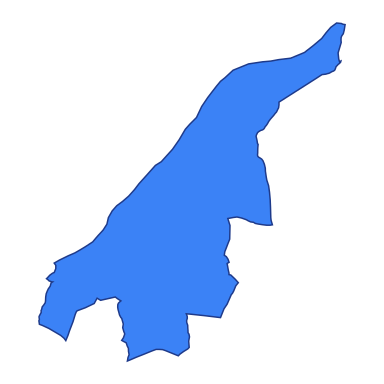 outline of Orsu, Imo, Nigeria
{"feature_id": "59680162B44850901768514", "entity_name": "Orsu", "entity_type": "district", "adm_level": 2, "iso_a3": "NGA", "parent_name": "Nigeria", "parent_adm1": "Imo", "projection": "albers", "projection_center": [6.989, 5.858], "detail": "fine", "context": "isolated", "style": "filled", "palette": "blue", "viewbox_px": 384, "rotation_deg": 0, "n_neighbors": 0, "source": "geoboundaries", "source_scale": "gbopen_adm2", "svg_char_len": 3401}
<svg xmlns="http://www.w3.org/2000/svg" viewBox="0 0 384 384"><path d="M209.0,95.9L207.7,97.6L201.7,106.5L196.5,117.5L189.8,124.2L185.3,129.3L179.2,139.7L172.5,149.3L161.3,161.7L155.4,165.4L153.8,167.2L146.3,175.6L139.0,183.7L134.5,189.6L128.6,196.2L122.6,201.4L117.6,205.1L117.1,205.5L116.7,205.8L112.2,210.9L111.2,212.7L108.4,217.6L106.9,224.2L103.1,230.1L101.5,231.9L98.6,235.0L96.4,237.5L92.7,241.9L86.0,246.3L84.9,247.0L80.1,249.9L79.4,250.3L74.9,252.9L68.2,255.8L59.4,260.1L54.2,263.1L55.8,265.3L55.8,268.6L54.2,272.5L52.5,273.2L49.8,275.2L47.7,277.5L46.5,278.7L47.8,279.6L49.1,280.9L51.4,281.7L52.6,281.9L51.1,282.9L50.2,286.2L48.4,288.7L47.3,291.0L46.2,293.8L45.7,297.0L45.5,301.2L45.2,302.8L43.8,304.9L42.2,306.9L41.6,309.6L41.1,310.4L41.2,312.4L39.1,316.4L39.1,317.9L39.4,319.2L38.9,320.8L39.4,324.3L42.1,325.3L48.8,328.4L56.8,333.1L60.7,335.4L64.0,338.2L65.8,340.6L68.0,335.3L69.5,330.8L73.0,321.7L75.2,314.5L76.2,312.0L77.1,310.8L85.4,307.7L94.2,303.5L97.1,298.2L100.6,300.3L115.3,297.0L117.5,298.7L120.9,300.9L119.8,301.8L118.4,303.2L117.8,304.7L117.7,307.3L118.1,309.7L118.9,312.5L119.5,314.9L120.8,317.4L121.7,318.4L123.3,324.0L122.7,327.7L123.9,331.8L124.5,333.1L124.7,334.1L123.4,337.8L121.7,340.4L123.3,341.3L126.2,342.8L127.2,345.9L128.4,348.3L128.5,351.5L129.1,354.6L128.0,357.5L127.4,361.0L131.3,359.4L136.1,357.3L143.7,354.3L151.8,351.0L156.1,349.4L159.2,349.4L162.6,349.6L165.7,350.7L178.3,355.8L180.1,354.0L183.6,351.5L187.8,348.9L189.2,347.4L188.7,341.2L189.0,339.4L189.5,336.9L189.0,334.2L188.0,332.6L188.0,330.7L187.8,328.3L187.7,325.2L186.8,322.8L186.6,320.7L187.3,318.2L187.2,316.3L186.3,313.8L187.3,313.9L189.8,314.1L204.9,315.7L220.5,317.6L224.0,308.8L227.1,304.2L231.3,294.6L232.4,293.4L233.7,291.0L235.8,285.8L238.3,282.7L235.3,279.3L232.7,276.8L230.8,275.0L229.0,274.6L229.0,273.1L228.3,270.2L227.6,266.1L227.1,263.5L229.1,262.3L228.0,259.2L226.3,256.6L224.3,255.3L224.8,251.7L226.2,248.2L227.9,243.7L229.7,239.2L230.0,225.5L227.8,218.5L233.2,217.5L237.0,217.0L241.5,218.0L246.3,219.7L248.0,220.7L250.6,221.9L253.5,222.3L255.2,223.4L258.0,224.0L262.5,224.7L266.7,225.2L270.0,225.2L272.4,224.8L271.1,220.4L270.8,217.8L270.5,207.2L270.2,200.0L269.5,192.1L268.6,185.7L266.8,180.1L266.2,176.7L265.4,171.2L265.3,168.2L264.4,164.3L263.0,160.8L261.7,159.1L259.6,157.7L258.6,157.2L257.8,156.3L257.5,155.0L257.7,152.9L257.7,151.1L257.8,147.8L258.1,144.4L257.5,143.5L257.0,140.4L256.7,139.0L256.1,136.3L256.4,135.0L257.6,132.6L258.9,131.5L260.8,130.4L261.6,130.2L262.7,129.8L263.8,129.0L264.5,128.0L265.1,126.8L266.4,125.3L267.6,123.5L268.6,121.6L270.1,119.5L271.3,118.1L273.7,115.4L275.2,113.4L276.5,112.0L277.0,111.0L278.0,108.9L278.6,107.8L278.8,106.2L279.0,104.9L279.0,102.1L315.7,78.7L322.0,74.6L323.7,74.4L325.4,74.2L326.3,74.0L327.2,73.7L328.9,73.3L329.8,72.9L331.8,71.7L333.6,71.0L334.0,70.7L334.6,70.3L335.0,69.6L335.6,68.1L336.0,66.8L336.5,66.2L337.6,65.1L338.0,64.5L339.4,63.5L340.6,62.2L340.9,61.0L339.5,61.7L338.7,58.9L338.1,52.9L341.0,43.2L341.2,42.5L341.0,40.1L341.1,37.6L341.8,35.8L343.3,33.7L344.2,30.2L345.1,24.6L342.8,24.2L341.4,23.5L336.6,23.0L330.7,27.4L326.2,32.6L321.7,38.5L319.3,40.5L316.5,42.9L312.0,46.6L306.2,51.1L304.6,52.4L299.4,54.6L290.6,58.2L279.7,59.5L278.8,59.6L270.7,61.1L262.6,61.8L248.6,63.9L233.1,70.2L226.3,76.5L224.9,77.8L220.4,81.4L219.7,82.3L216.7,85.9L212.2,91.7L209.0,95.9Z" fill="#3b82f6" stroke="#1e3a8a" stroke-width="1.5"/></svg>